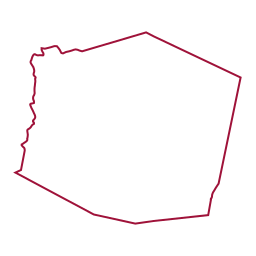 San Isidro, Choluteca, Honduras (orthographic projection)
{"feature_id": "27666195B38345308058924", "entity_name": "San Isidro", "entity_type": "district", "adm_level": 2, "iso_a3": "HND", "parent_name": "Honduras", "parent_adm1": "Choluteca", "projection": "orthographic", "projection_center": [-87.295, 13.646], "detail": "fine", "context": "isolated", "style": "outline", "palette": "rose", "viewbox_px": 256, "rotation_deg": 0, "n_neighbors": 0, "source": "geoboundaries", "source_scale": "gbopen_adm2", "svg_char_len": 4453}
<svg xmlns="http://www.w3.org/2000/svg" viewBox="0 0 256 256"><path d="M208.2,215.1L210.9,199.9L210.8,199.6L210.8,199.4L210.8,199.1L210.9,198.8L211.0,198.8L211.0,198.6L211.2,198.4L211.4,198.2L211.5,198.0L211.5,197.9L211.7,197.6L211.8,197.4L211.8,197.2L211.9,196.9L212.0,196.7L212.0,196.1L212.1,195.3L212.1,195.2L212.1,194.9L212.3,194.4L212.4,193.9L212.6,193.5L212.7,193.2L212.8,192.9L213.0,192.5L213.2,192.1L213.5,191.7L214.1,190.7L214.3,190.4L215.0,189.2L215.5,188.3L215.9,187.7L216.1,187.4L216.4,186.9L218.6,183.6L240.6,77.5L153.8,36.4L146.1,32.4L82.1,51.3L79.6,50.6L77.7,49.8L75.6,49.4L73.8,49.8L71.9,50.5L69.2,51.3L66.0,52.0L63.0,53.4L61.4,53.0L60.6,51.6L59.9,50.1L58.5,48.1L56.9,46.2L54.4,46.1L50.9,47.2L48.2,47.9L44.9,48.7L41.6,48.2L41.6,48.5L41.6,48.8L41.6,49.1L41.6,49.4L41.6,49.7L41.7,50.0L41.8,50.2L41.8,50.4L41.9,50.6L42.0,50.8L42.5,51.8L42.8,52.3L43.1,52.8L43.3,53.1L43.4,53.3L43.4,53.7L43.5,54.1L43.5,54.4L43.5,54.5L43.4,54.7L43.4,54.9L43.3,55.0L43.2,55.3L42.9,55.4L42.7,55.3L42.4,55.3L42.2,55.2L41.2,55.3L40.9,55.2L40.6,55.2L40.3,55.2L40.0,55.2L39.8,55.2L39.6,55.2L39.2,55.2L38.7,55.3L38.2,55.3L37.6,55.3L37.4,55.3L37.1,55.2L36.7,55.1L36.0,54.8L35.8,54.7L35.6,54.6L35.3,54.4L35.0,54.3L34.8,54.2L34.7,54.2L34.4,54.3L34.1,54.4L34.0,54.5L33.9,54.5L33.7,54.7L33.5,54.9L33.3,55.1L33.2,55.3L33.0,55.6L32.8,55.9L32.7,56.2L32.5,56.5L32.4,56.8L32.3,57.0L32.2,57.2L32.1,57.6L32.0,57.8L31.8,58.5L31.7,58.8L31.6,59.1L31.5,59.6L31.4,59.9L31.3,60.2L31.1,60.4L30.9,60.8L30.8,61.0L30.7,61.3L30.6,61.6L30.6,61.8L30.6,62.1L30.6,62.3L30.6,62.5L30.7,62.8L30.8,63.0L31.4,64.1L32.5,65.8L32.8,66.3L33.2,67.0L33.4,67.2L33.4,67.4L33.5,67.7L33.6,68.0L33.8,68.4L33.9,69.0L34.0,69.4L34.1,69.7L34.2,70.1L34.2,70.4L34.2,70.7L34.2,71.1L34.2,71.4L34.2,71.6L34.2,71.8L34.1,72.1L33.9,72.6L33.8,73.0L33.7,73.5L33.6,73.8L33.6,74.1L33.6,74.3L33.6,74.5L33.6,74.8L33.7,75.0L33.8,75.2L34.0,75.5L34.4,76.0L34.6,76.2L34.7,76.3L35.0,76.6L35.2,76.8L35.4,77.0L35.5,77.2L35.5,77.3L35.6,77.5L35.5,77.8L35.5,78.0L35.4,78.3L35.2,78.6L35.1,78.8L35.2,79.4L35.2,79.7L35.3,80.3L35.3,81.0L35.3,81.4L35.3,81.7L35.3,82.0L35.2,82.4L35.0,84.1L34.8,86.1L34.6,87.2L34.6,87.9L34.5,88.5L34.5,88.8L34.5,89.3L34.5,90.5L34.5,90.9L34.5,91.2L34.6,92.1L34.6,92.5L34.6,93.0L34.6,93.3L34.6,93.5L34.4,94.1L34.3,94.5L34.1,94.9L34.1,95.1L34.0,95.3L33.8,95.5L33.7,95.7L33.5,96.0L33.4,96.2L33.3,96.4L33.3,96.7L33.2,97.0L33.1,97.5L33.1,97.9L33.1,98.1L33.1,98.4L33.1,98.7L33.2,98.9L33.2,99.2L33.3,99.4L33.3,99.6L33.4,99.8L33.5,100.1L33.6,100.4L33.7,100.5L33.8,100.7L33.8,100.8L33.9,101.0L33.9,101.4L34.0,101.7L34.0,101.9L34.0,102.1L34.0,102.4L34.0,102.7L33.9,102.8L33.9,103.0L33.7,103.1L33.2,103.2L32.4,103.4L31.3,103.6L31.1,103.7L30.9,103.7L30.8,103.8L30.6,103.9L30.4,104.0L30.3,104.3L30.2,104.5L30.3,104.8L30.3,105.0L30.4,105.3L30.4,105.5L30.5,105.7L30.8,106.4L31.1,107.1L31.3,107.7L32.4,109.8L32.9,110.8L33.4,111.9L33.9,113.1L34.5,114.3L34.7,114.7L34.8,115.1L35.0,115.6L35.1,116.0L35.2,116.4L35.2,116.7L35.2,117.0L35.2,117.4L35.2,117.5L35.1,117.8L35.0,118.0L34.9,118.2L34.8,118.4L34.7,118.5L34.4,119.0L34.1,119.4L34.0,119.5L33.9,119.6L33.6,119.9L33.5,120.0L33.3,120.2L33.2,120.4L33.1,120.5L33.0,120.8L33.0,121.1L33.0,121.4L33.0,121.5L33.1,121.8L33.3,122.0L33.5,122.1L33.7,122.3L33.8,122.4L33.8,122.5L33.9,122.8L34.0,123.1L34.0,123.4L34.0,123.5L33.9,123.8L33.8,124.0L33.7,124.0L33.4,124.2L33.2,124.3L32.9,124.5L32.6,124.7L32.3,125.0L32.0,125.3L31.8,125.6L31.6,125.9L31.4,126.2L31.2,126.5L31.0,126.8L30.9,127.0L30.7,127.3L30.5,127.5L30.3,127.7L29.8,128.1L29.5,128.4L29.3,128.5L29.1,128.7L28.9,128.8L28.6,129.0L28.3,129.1L28.1,129.3L27.8,129.5L27.7,129.6L27.6,129.8L27.4,130.0L27.3,130.3L27.3,130.5L27.3,131.0L27.4,131.8L27.5,132.4L27.7,133.8L27.7,134.1L27.8,134.3L27.8,134.6L27.8,135.3L27.7,135.8L27.7,136.3L27.6,136.7L27.6,137.0L27.5,137.5L27.4,138.0L27.3,138.3L27.2,138.5L27.2,138.9L27.3,139.0L27.3,139.3L27.3,139.6L27.3,139.8L27.3,140.0L27.2,140.2L27.1,140.4L27.0,140.5L26.9,140.7L26.8,140.8L26.7,141.0L25.9,141.7L25.4,142.0L25.2,142.2L24.7,142.5L24.2,142.8L23.8,143.1L23.1,143.6L22.4,144.1L22.1,144.3L21.8,144.4L21.8,144.5L21.7,144.5L21.6,144.9L21.7,145.1L21.7,145.3L21.8,145.4L21.9,145.6L22.0,145.7L22.3,146.0L22.8,146.6L23.0,146.8L23.4,147.2L23.7,147.4L23.8,147.5L24.1,147.8L24.2,148.0L24.3,148.2L24.4,148.3L24.5,148.5L24.5,148.8L24.6,149.3L24.7,149.7L24.7,150.0L24.7,150.3L24.7,150.7L21.0,170.0L15.4,172.6L93.8,214.5L135.3,223.6L153.5,221.0L208.2,215.1Z" fill="none" stroke="#9f1239" stroke-width="2"/></svg>